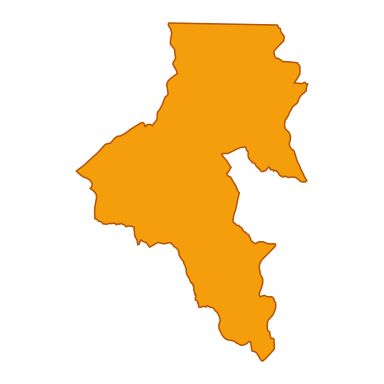 outline of Nyunzu, Katanga, Democratic Republic of the Congo
{"feature_id": "63176286B34424841963647", "entity_name": "Nyunzu", "entity_type": "district", "adm_level": 2, "iso_a3": "COD", "parent_name": "Democratic Republic of the Congo", "parent_adm1": "Katanga", "projection": "equal_earth", "projection_center": [28.006, -5.86], "detail": "fine", "context": "isolated", "style": "filled", "palette": "amber", "viewbox_px": 384, "rotation_deg": 0, "n_neighbors": 0, "source": "geoboundaries", "source_scale": "gbopen_adm2", "svg_char_len": 5864}
<svg xmlns="http://www.w3.org/2000/svg" viewBox="0 0 384 384"><path d="M220.1,321.1L219.6,322.3L219.1,323.7L218.8,325.5L219.0,327.8L219.5,329.7L220.1,330.9L222.4,335.5L224.9,338.5L226.2,339.0L226.8,339.6L232.6,340.7L233.9,341.1L235.6,342.2L236.5,343.1L237.7,343.4L240.2,345.0L241.3,345.3L243.3,345.1L245.1,344.4L246.3,343.9L248.3,342.2L249.1,341.8L250.5,341.8L250.8,343.2L251.6,349.0L252.0,350.3L252.0,351.0L255.1,351.8L256.8,353.1L259.8,358.4L261.2,360.5L262.8,361.0L264.7,359.4L267.8,356.4L271.3,352.5L272.9,350.7L274.3,348.8L274.3,346.0L274.1,342.5L274.1,340.1L273.7,338.8L272.9,338.3L271.1,338.4L270.2,336.0L269.8,333.5L269.8,331.9L268.0,330.9L267.4,329.1L267.2,326.8L267.5,321.7L268.4,319.9L270.5,317.7L272.9,315.0L275.3,309.5L275.8,306.2L275.5,302.3L274.5,301.4L273.9,299.8L274.0,298.9L272.5,297.1L271.0,296.7L268.6,296.9L267.7,296.5L266.0,296.3L264.6,295.4L262.8,295.7L260.1,296.8L259.3,295.1L259.3,293.2L260.3,290.9L261.5,287.5L262.7,283.3L262.7,279.3L262.3,277.6L260.4,274.4L259.1,266.2L259.6,265.0L260.2,262.7L262.2,259.5L272.4,249.2L274.9,246.7L275.7,244.9L275.1,243.8L272.2,243.7L269.5,243.9L268.0,243.7L265.5,242.8L263.3,241.8L260.7,241.7L258.8,241.9L255.4,243.7L252.2,241.7L250.6,239.7L250.6,238.9L250.5,238.2L249.6,237.2L248.9,235.3L248.3,234.4L247.1,234.1L245.6,232.1L244.6,232.1L243.7,231.4L243.0,230.0L241.1,227.2L240.1,227.1L239.1,225.8L238.4,225.3L237.3,225.5L236.3,225.0L235.8,224.1L235.6,223.8L233.4,222.4L233.0,220.6L233.5,216.5L234.8,211.7L235.5,210.5L237.7,199.7L239.3,192.9L237.6,190.6L237.5,190.2L237.1,188.6L236.5,187.9L236.1,186.3L235.1,185.0L234.4,183.2L233.7,182.4L232.8,181.4L232.6,180.8L232.3,180.0L230.4,176.9L227.7,175.7L226.8,174.0L226.5,173.5L228.0,172.6L231.1,167.3L229.7,165.5L227.5,161.8L221.7,154.7L222.7,153.5L228.1,153.5L232.1,151.4L238.1,148.5L240.4,147.6L245.0,146.9L245.8,147.4L246.5,150.1L248.0,151.9L248.2,152.0L248.1,155.8L248.4,157.5L249.0,158.7L252.3,162.5L254.4,163.2L255.1,164.0L256.1,166.0L258.5,168.3L261.4,171.4L262.7,171.6L264.7,171.0L265.5,170.7L267.9,167.9L268.7,166.9L269.6,167.8L269.9,168.6L270.2,168.5L270.6,169.5L270.9,169.8L272.9,169.7L273.0,169.9L273.5,171.0L274.8,170.5L275.1,170.8L275.9,170.5L276.4,171.1L277.0,171.0L277.7,172.5L278.3,172.7L279.1,174.7L280.3,175.9L281.4,176.0L282.3,176.9L283.7,176.9L284.8,176.2L288.5,177.5L290.3,177.2L292.5,177.0L295.8,177.5L298.9,179.9L300.6,181.5L302.6,182.0L304.4,182.0L305.9,181.7L306.8,180.8L306.6,180.3L306.1,179.5L304.6,177.0L303.0,173.4L300.4,168.3L299.9,166.6L298.7,164.4L297.7,162.2L296.7,159.6L295.6,155.8L294.1,151.1L293.4,150.1L292.4,149.7L290.9,148.1L289.5,146.0L289.3,143.2L290.1,141.0L290.6,137.5L290.0,134.8L289.4,133.1L287.8,131.2L285.4,128.9L284.5,125.2L285.2,120.0L286.4,118.8L288.2,115.7L289.8,112.0L292.0,108.0L293.2,106.4L297.1,103.2L298.4,100.7L299.0,98.2L300.6,96.1L302.1,94.4L304.4,92.6L304.7,92.2L305.3,91.6L306.0,91.2L306.5,87.4L307.1,85.4L307.6,84.0L306.3,84.2L305.4,82.5L304.4,82.4L302.3,83.5L300.4,83.6L299.1,83.1L297.8,83.5L296.1,82.9L294.5,83.1L293.8,83.5L295.4,81.2L297.7,77.8L299.3,75.1L299.9,73.8L299.9,68.6L299.8,66.2L297.3,62.8L287.2,61.7L283.6,61.8L280.1,59.6L277.6,58.2L276.2,58.4L274.9,56.6L273.7,51.7L275.1,49.8L277.5,47.2L282.2,42.3L283.7,40.9L284.3,36.7L282.5,33.9L281.4,32.8L280.9,31.9L280.4,29.0L279.8,28.3L279.0,28.2L278.3,26.8L277.8,26.5L277.7,25.3L277.1,25.0L168.7,23.0L168.4,23.6L168.4,24.5L168.4,25.5L169.1,26.7L170.2,28.0L171.7,32.8L171.6,34.2L171.3,35.5L170.7,38.3L170.3,43.2L170.7,44.6L171.5,45.8L171.9,46.0L174.1,48.9L174.8,50.2L174.8,51.4L175.0,55.1L175.5,56.8L175.5,58.1L174.9,59.7L173.9,61.1L173.0,62.8L173.1,64.5L174.6,67.6L175.0,67.6L176.9,71.8L177.0,73.0L177.3,73.6L174.9,75.2L172.7,76.9L169.8,79.1L167.8,81.4L166.6,84.4L167.5,89.2L168.1,94.1L167.1,95.6L165.4,96.8L164.3,99.0L162.1,105.0L160.1,108.7L159.1,110.5L157.8,111.6L157.2,113.8L157.2,118.7L155.4,121.8L153.8,123.3L152.4,125.7L150.7,124.6L148.5,124.4L146.7,124.9L145.7,126.5L144.9,126.3L144.1,123.6L143.0,122.7L141.1,122.7L137.3,125.1L130.7,129.2L126.0,132.8L123.4,134.4L120.0,136.1L117.5,136.2L114.5,138.3L110.7,142.9L108.4,143.5L105.2,144.4L103.2,146.7L97.9,152.5L89.5,160.1L84.0,165.2L76.4,171.0L78.5,173.3L82.8,176.7L86.9,178.2L90.1,180.3L91.8,183.0L92.3,184.9L91.4,186.8L90.2,188.4L94.3,191.6L96.5,194.9L96.4,198.8L94.8,207.1L94.6,214.5L95.0,215.6L94.8,217.2L94.6,218.2L95.5,218.9L95.7,219.0L96.5,219.1L98.5,221.2L100.6,221.6L102.0,222.5L103.0,223.8L106.5,224.3L110.7,223.2L111.3,223.7L113.1,223.4L113.4,223.4L113.6,223.3L114.2,223.0L115.4,223.8L115.6,224.0L116.3,224.8L118.0,224.0L118.5,223.9L119.1,224.3L121.5,223.4L122.6,224.4L124.0,224.6L124.8,225.3L125.8,226.6L127.2,226.6L128.3,225.9L128.9,225.9L130.0,226.2L131.5,226.3L131.9,226.4L133.1,226.9L134.0,226.9L134.2,227.7L133.9,229.4L134.5,231.9L134.6,235.0L135.4,237.5L137.0,239.8L137.7,244.7L139.1,244.3L140.2,240.8L141.1,239.9L142.4,241.3L144.3,241.7L147.0,243.5L148.7,246.0L149.6,247.2L156.7,243.1L158.1,242.4L160.8,243.1L164.2,243.9L167.3,243.1L170.1,242.6L171.0,242.7L171.3,243.9L172.8,244.4L173.4,245.9L174.8,247.0L177.2,248.8L178.3,250.3L178.6,251.5L179.0,252.6L178.9,254.5L179.4,256.0L180.4,257.0L180.7,258.0L181.7,259.0L182.1,260.2L182.7,260.7L183.5,261.0L183.8,263.3L185.0,265.4L185.8,268.3L186.2,269.0L186.1,271.6L187.1,274.9L187.6,276.1L188.2,276.4L189.2,278.7L190.7,282.2L191.7,283.4L192.6,283.4L192.8,283.7L192.9,284.0L193.0,285.7L193.7,286.0L193.7,286.9L193.8,289.3L194.0,290.9L194.6,292.4L194.9,294.6L195.3,295.1L195.8,295.1L195.9,295.6L195.9,296.9L195.4,297.6L195.3,299.5L195.5,300.2L196.0,300.3L196.8,300.6L197.9,302.2L197.9,303.3L198.2,303.4L198.9,307.0L199.1,307.2L199.2,307.3L200.2,307.4L202.6,306.6L203.7,306.6L204.3,306.3L204.8,306.3L205.6,306.9L206.3,307.0L207.0,305.8L207.7,305.7L209.3,307.0L210.1,307.3L212.5,307.6L213.4,308.2L215.7,311.2L217.5,312.8L218.4,314.5L219.6,317.6L220.2,320.0L220.1,321.1Z" fill="#f59e0b" stroke="#b45309" stroke-width="1.5"/></svg>